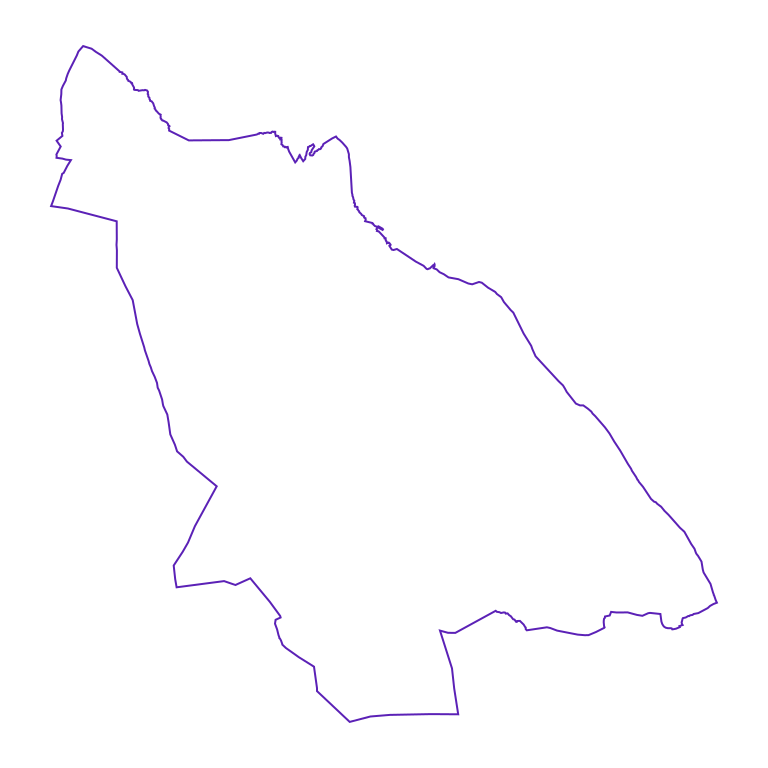 Kongsberg nor, Buskerud, Norway (Albers equal-area conic projection)
{"feature_id": "86288312B15384371721411", "entity_name": "Kongsberg nor", "entity_type": "district", "adm_level": 2, "iso_a3": "NOR", "parent_name": "Norway", "parent_adm1": "Buskerud", "projection": "albers", "projection_center": [9.617, 59.595], "detail": "fine", "context": "isolated", "style": "outline", "palette": "violet", "viewbox_px": 768, "rotation_deg": 0, "n_neighbors": 0, "source": "geoboundaries", "source_scale": "gbopen_adm2", "svg_char_len": 6014}
<svg xmlns="http://www.w3.org/2000/svg" viewBox="0 0 768 768"><path d="M716.9,602.7L715.7,600.1L714.1,595.4L713.8,595.1L713.7,594.3L713.0,592.5L710.5,583.9L703.6,572.5L702.8,569.6L701.5,561.6L698.0,555.8L696.6,554.1L695.9,552.8L694.5,548.8L691.2,544.0L684.4,531.8L679.9,527.7L668.5,514.8L664.5,510.9L661.2,506.8L657.2,503.8L655.8,502.2L654.1,501.7L651.0,498.9L643.0,486.8L638.9,481.9L638.0,480.1L637.5,479.8L636.1,477.0L631.9,470.7L631.1,468.8L627.9,463.9L620.2,450.6L614.2,441.5L609.5,433.5L605.0,427.4L595.2,416.1L592.6,413.6L591.4,411.7L587.9,408.7L583.3,405.4L580.0,405.4L575.9,403.6L566.7,391.9L565.0,388.7L563.0,385.4L558.6,381.2L535.6,356.3L532.4,349.2L531.2,345.8L523.6,333.5L513.3,312.6L510.7,310.1L503.9,302.0L501.2,297.2L496.9,294.0L495.3,292.0L488.1,287.7L481.8,282.7L479.0,282.0L472.2,284.3L468.3,283.5L458.4,279.2L448.5,277.4L443.8,274.2L439.6,272.2L436.7,269.4L433.5,268.2L433.4,268.0L434.5,266.3L434.3,265.7L434.6,265.4L434.6,264.5L434.5,264.2L433.8,265.2L433.3,265.1L429.7,268.5L428.9,268.6L427.7,269.2L426.6,268.9L423.6,265.8L415.8,261.6L396.9,249.0L393.5,250.0L391.8,249.6L389.4,245.9L390.5,245.1L390.6,244.7L389.4,243.1L388.5,243.1L388.5,242.6L387.8,242.5L386.9,243.1L386.7,241.9L386.3,241.0L385.9,240.8L385.4,239.1L385.7,239.0L385.6,238.2L384.5,238.2L384.5,237.6L384.0,237.0L378.8,231.5L377.0,231.0L377.3,230.3L376.4,229.2L377.6,227.2L382.6,229.9L383.0,229.3L382.4,228.6L378.4,226.3L377.1,226.8L374.9,226.0L373.4,224.5L373.2,223.9L372.5,223.7L372.4,223.0L365.1,221.2L365.7,219.6L365.5,218.2L364.5,217.9L364.1,217.4L364.1,216.2L361.8,215.0L361.2,213.9L359.3,212.2L359.2,211.3L358.4,210.6L357.9,209.6L357.4,209.3L357.6,208.8L357.3,207.7L357.6,207.2L357.4,206.9L354.9,206.6L354.7,205.7L354.9,205.5L355.0,204.6L354.9,203.2L353.9,202.7L354.3,200.7L353.5,199.5L353.1,197.3L352.4,195.8L352.5,195.1L351.9,192.7L350.4,167.0L349.6,160.8L348.9,157.2L348.9,154.2L347.2,148.5L346.1,146.9L342.3,142.6L339.6,140.0L337.6,138.6L336.0,136.5L332.2,138.4L323.4,144.0L322.6,146.1L321.2,147.4L321.2,148.0L320.9,148.6L320.3,149.1L318.8,149.2L318.5,149.7L317.3,150.3L317.1,150.9L314.8,151.6L314.5,152.1L314.5,152.9L313.4,154.2L313.2,155.0L312.3,155.5L310.2,155.3L309.6,154.1L309.7,153.6L309.9,153.0L311.3,152.2L311.4,151.1L311.9,149.9L314.3,146.4L314.0,145.6L313.1,144.3L310.4,146.1L309.8,146.0L308.8,146.9L308.0,147.1L307.8,149.9L306.7,152.0L306.2,155.3L305.4,156.6L305.2,159.0L303.2,161.2L301.1,157.9L299.7,155.0L299.3,155.4L299.3,156.0L298.6,157.0L298.7,157.8L297.6,158.7L296.7,160.7L295.2,162.4L289.2,151.7L288.2,149.1L287.7,146.9L286.8,147.0L286.3,147.5L285.1,146.8L284.7,147.1L283.9,146.4L283.2,146.4L282.6,145.1L281.4,144.3L281.7,142.2L281.5,141.8L281.6,140.8L281.4,140.2L281.6,139.9L281.4,139.6L281.5,139.0L281.3,138.2L281.4,137.8L280.7,137.7L280.0,138.8L279.6,137.9L278.9,137.7L278.3,136.1L277.8,136.2L277.1,135.7L275.9,136.1L275.2,133.6L275.2,131.8L274.0,131.7L273.4,132.0L272.4,131.6L271.5,132.1L271.1,132.9L269.5,133.0L268.8,132.6L267.2,132.5L265.2,133.1L264.2,132.9L263.2,133.8L261.2,133.0L259.7,133.0L259.1,133.7L258.4,133.5L257.8,134.1L256.4,134.6L228.9,140.1L188.8,140.4L169.1,130.6L169.2,129.0L168.6,128.2L168.7,127.0L169.5,126.4L169.4,125.9L168.1,125.1L168.0,124.0L166.7,122.4L162.8,120.4L162.4,120.5L161.5,119.6L161.2,118.7L160.8,118.6L160.5,117.6L160.7,116.2L160.4,115.0L160.6,114.6L158.9,113.7L156.4,110.9L155.8,110.5L155.4,109.3L154.6,108.6L154.8,107.6L154.1,106.2L153.2,103.3L151.6,101.3L150.1,100.8L150.0,99.7L149.5,99.1L149.4,97.7L148.3,96.6L148.2,94.4L147.7,94.0L148.0,91.9L147.1,90.5L145.0,89.9L144.1,90.3L142.4,90.2L138.6,90.8L137.9,90.1L134.7,89.9L134.0,89.6L133.9,89.1L134.1,88.3L134.0,87.5L132.2,84.3L132.2,83.7L131.6,83.4L131.7,83.0L131.4,83.0L130.5,81.8L128.3,80.8L128.3,80.4L127.9,79.7L127.4,79.5L126.8,78.1L126.8,77.0L124.7,74.5L123.2,73.7L122.4,73.8L122.3,72.4L119.7,71.9L119.7,71.5L101.8,55.6L95.9,51.9L91.6,48.7L83.1,46.1L78.4,51.5L76.8,55.5L69.2,70.6L67.7,74.0L66.2,78.4L65.8,80.5L62.9,85.9L61.4,89.5L61.3,94.1L60.6,100.1L61.0,102.3L61.4,105.5L61.6,113.5L62.1,116.9L62.0,119.2L63.0,123.2L62.8,123.9L63.0,129.7L62.8,131.4L61.9,132.9L62.4,135.9L56.6,140.7L60.7,146.5L56.4,154.5L56.7,156.0L56.5,157.8L62.4,158.6L65.9,159.6L70.9,160.1L67.3,165.9L63.7,172.9L62.2,173.8L60.6,179.8L58.2,185.9L53.0,201.1L51.1,206.1L67.9,208.5L116.7,221.3L116.8,239.6L116.5,244.9L116.9,250.2L116.8,267.8L125.5,286.3L132.7,300.1L137.2,324.0L140.0,334.0L144.2,347.3L144.9,350.3L148.6,361.0L149.4,364.0L150.8,367.3L152.0,371.1L154.7,376.8L157.0,382.9L157.7,387.7L159.1,390.5L162.1,399.5L162.9,404.3L163.3,406.0L167.3,414.5L168.6,422.2L170.3,434.4L174.9,444.7L177.1,451.4L183.3,456.8L186.9,461.6L216.7,486.3L194.9,526.2L188.0,542.6L182.7,551.8L173.7,565.5L175.2,579.2L176.6,587.3L224.1,581.1L235.4,585.0L250.3,578.3L269.8,601.8L280.2,616.0L280.6,617.5L275.6,619.8L275.0,623.7L277.1,629.4L278.5,635.1L279.2,637.0L279.4,638.2L279.9,638.5L281.0,640.5L282.2,643.8L282.3,644.6L285.9,648.0L298.7,657.1L314.0,666.7L317.0,688.1L317.0,691.1L349.7,721.9L370.4,716.5L389.9,714.9L431.2,714.1L458.2,714.3L454.2,688.5L452.0,668.4L440.0,630.6L448.0,632.8L455.3,632.9L495.7,610.8L496.8,611.8L499.5,612.2L501.0,613.0L503.9,612.4L505.3,612.7L505.7,613.6L507.6,613.4L509.2,615.2L510.8,616.2L513.1,619.2L514.5,619.6L516.2,621.9L516.8,621.9L517.2,621.0L519.9,620.9L523.7,624.6L525.1,627.0L525.7,627.5L525.7,629.1L526.8,630.3L546.9,627.3L550.2,628.0L557.1,630.6L577.6,634.6L584.8,635.2L588.6,635.1L596.0,632.0L604.3,627.8L604.6,627.3L604.1,626.3L603.7,622.2L603.8,620.2L604.1,618.6L604.9,617.8L605.0,616.5L609.7,615.5L611.1,611.9L616.7,612.5L627.7,612.4L636.9,614.9L642.4,615.8L648.2,613.2L650.0,612.9L660.4,614.0L661.4,621.5L662.2,623.9L663.2,625.6L664.1,626.7L665.7,627.7L667.9,628.2L671.0,628.2L671.8,628.5L672.2,629.3L672.9,629.3L676.0,628.7L679.8,627.1L679.4,626.1L682.6,625.0L682.0,624.1L681.6,622.2L681.9,621.6L682.6,618.6L682.9,618.1L685.7,617.5L688.3,616.0L689.1,616.1L690.2,615.3L692.6,614.9L693.6,614.0L698.3,613.1L707.7,608.1L710.1,605.9L713.5,604.0L716.9,602.7Z" fill="none" stroke="#5b21b6" stroke-width="2"/></svg>